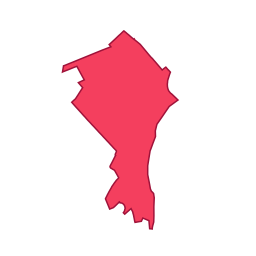 outline of Ghindaresti, Constanta, Romania, rotated 226°
{"feature_id": "2599482B65065460185800", "entity_name": "Ghindaresti", "entity_type": "district", "adm_level": 2, "iso_a3": "ROU", "parent_name": "Romania", "parent_adm1": "Constanta", "projection": "mercator", "projection_center": [28.04, 44.634], "detail": "fine", "context": "isolated", "style": "filled", "palette": "rose", "viewbox_px": 256, "rotation_deg": 226, "n_neighbors": 0, "source": "geoboundaries", "source_scale": "gbopen_adm2", "svg_char_len": 3244}
<svg xmlns="http://www.w3.org/2000/svg" viewBox="0 0 256 256"><g transform="rotate(226 128 128)"><path d="M113.4,183.4L121.5,183.1L121.8,183.1L122.1,183.0L122.6,183.0L123.1,182.9L123.5,182.8L124.6,182.9L126.0,183.0L127.3,183.4L128.4,183.9L129.3,184.4L130.0,184.9L130.5,185.2L131.6,186.2L132.5,187.0L132.8,187.5L133.4,188.2L133.9,188.7L134.3,189.2L134.6,189.5L136.4,192.8L137.5,194.8L138.2,196.2L138.7,197.3L141.9,197.4L142.0,197.3L143.5,197.4L145.5,197.5L145.7,196.3L146.0,192.9L154.0,193.4L159.6,193.7L160.7,193.8L160.8,193.8L161.8,193.8L162.4,193.7L166.3,193.9L168.9,194.1L171.4,194.3L178.3,194.8L179.7,194.9L180.1,194.8L180.6,194.8L183.3,194.5L186.4,194.1L186.8,194.1L187.0,194.1L187.3,194.3L187.8,194.4L187.8,193.8L189.7,193.6L191.9,193.4L194.4,193.2L196.8,192.9L197.4,192.9L200.7,192.5L200.8,192.0L200.8,190.7L200.8,189.1L200.8,187.3L200.9,185.6L200.9,182.1L200.9,180.6L201.0,176.2L201.1,172.4L200.9,172.4L198.3,172.1L198.6,171.4L201.9,163.6L204.9,156.1L207.9,148.6L209.7,144.1L217.4,124.9L217.5,124.8L213.8,119.8L213.7,120.1L211.4,125.6L209.2,131.1L207.9,134.1L202.0,132.4L196.1,130.8L193.0,130.0L195.1,123.8L188.5,123.4L187.1,117.4L186.5,115.0L185.5,110.6L185.5,109.8L185.6,107.9L185.6,106.6L185.6,106.0L185.6,105.4L183.8,105.3L179.4,105.1L179.2,105.1L175.3,105.0L172.7,104.9L171.7,104.9L169.8,104.8L167.8,104.7L167.4,104.7L165.4,104.7L164.0,104.6L161.5,104.5L160.0,104.5L158.4,104.5L155.4,104.4L152.3,104.4L149.2,104.3L147.6,104.3L145.4,104.2L143.2,104.2L142.0,104.2L140.9,104.2L138.6,104.1L136.6,104.1L136.1,104.1L133.5,104.0L130.9,104.0L128.3,103.9L128.2,103.9L126.1,103.9L124.0,103.8L123.6,103.8L122.1,103.8L120.2,103.8L119.7,103.8L119.5,103.7L119.4,103.6L119.0,103.0L118.8,102.5L118.5,102.1L118.4,101.7L118.3,101.3L118.1,101.0L118.0,100.7L117.8,100.4L117.7,100.3L117.5,100.2L117.3,100.1L117.0,100.1L117.0,99.9L116.9,99.9L116.2,97.9L115.5,95.9L114.4,92.8L113.4,89.7L113.2,89.2L113.1,88.8L112.8,88.3L112.4,88.0L111.9,87.8L111.2,87.7L110.8,87.9L109.1,88.3L107.1,88.9L106.4,88.8L103.7,88.1L101.0,87.4L100.0,87.1L99.0,86.9L98.8,86.7L98.6,86.4L98.5,86.1L98.5,85.6L98.5,85.0L98.5,84.4L98.5,84.2L98.5,83.9L98.5,83.6L98.5,83.4L98.4,82.9L98.3,82.3L98.2,81.8L98.0,80.3L97.7,78.9L97.3,76.9L97.1,75.8L96.6,74.4L95.9,72.0L95.2,69.6L94.7,68.2L94.3,66.8L94.2,66.7L93.5,64.7L92.8,62.7L92.5,62.5L87.4,60.5L82.4,58.5L80.9,62.1L80.8,63.7L80.8,65.1L80.8,66.4L80.8,68.9L80.9,69.7L80.9,70.5L80.5,70.5L80.2,70.5L80.1,70.2L79.8,70.2L79.4,70.5L79.1,70.8L78.7,71.1L78.4,71.3L78.0,71.5L77.6,71.7L77.1,71.7L76.5,71.8L76.0,71.8L75.5,71.8L75.1,71.7L74.7,71.5L74.2,71.4L73.7,71.2L73.1,70.7L72.3,70.4L71.7,69.2L71.3,68.7L71.0,68.1L70.6,67.5L70.4,66.3L70.3,65.8L70.1,65.8L68.3,65.8L68.1,70.0L68.0,72.1L67.9,74.2L64.6,73.2L63.5,72.6L63.3,72.4L61.9,71.7L61.1,71.2L60.2,70.6L58.3,69.4L56.4,68.1L55.2,67.5L53.4,70.2L51.6,72.8L52.0,73.8L52.9,76.1L46.8,78.7L42.1,74.9L40.5,73.6L38.5,75.3L39.1,75.9L39.6,76.5L40.8,78.3L41.3,79.2L42.5,81.2L46.9,85.7L53.4,91.9L59.6,98.4L63.1,100.9L64.8,101.0L66.3,100.9L68.6,101.8L73.4,105.0L80.8,109.8L87.2,116.0L93.5,124.4L96.2,128.0L97.1,130.0L99.1,134.1L99.5,134.9L102.8,141.9L103.7,142.7L107.0,145.7L110.6,151.4L112.3,160.0L114.6,171.2L114.9,172.6L114.3,176.9L113.4,183.4Z" fill="#f43f5e" stroke="#9f1239" stroke-width="1.5"/></g></svg>